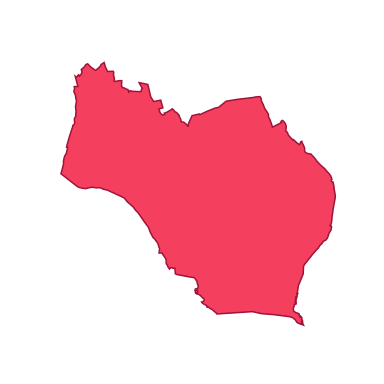 the district of Spinus, Bihor, Romania, rotated 196°
{"feature_id": "2599482B16255250220443", "entity_name": "Spinus", "entity_type": "district", "adm_level": 2, "iso_a3": "ROU", "parent_name": "Romania", "parent_adm1": "Bihor", "projection": "mercator", "projection_center": [22.193, 47.203], "detail": "fine", "context": "isolated", "style": "filled", "palette": "rose", "viewbox_px": 384, "rotation_deg": 196, "n_neighbors": 0, "source": "geoboundaries", "source_scale": "gbopen_adm2", "svg_char_len": 5810}
<svg xmlns="http://www.w3.org/2000/svg" viewBox="0 0 384 384"><g transform="rotate(196 192 192)"><path d="M334.3,260.8L333.4,259.2L333.3,256.0L330.6,252.7L329.2,249.4L328.2,247.9L327.4,241.5L326.7,240.2L326.3,238.7L325.4,236.9L325.5,235.8L324.6,232.8L325.3,230.4L325.0,229.1L324.5,227.8L324.1,226.4L323.7,226.1L323.8,224.5L324.9,223.3L324.7,221.2L324.9,218.2L325.1,211.3L325.1,203.0L325.0,200.5L323.8,200.6L323.7,199.4L323.7,198.5L323.6,197.3L323.5,194.3L323.9,193.0L324.3,191.4L324.3,189.0L324.0,185.8L323.2,183.7L323.0,173.4L304.3,165.9L302.4,165.3L298.1,165.4L295.2,165.9L291.6,168.0L289.1,169.1L287.7,169.4L286.8,169.3L284.3,169.9L282.8,170.4L281.3,170.7L280.2,170.7L277.8,170.2L274.2,170.5L258.1,168.1L255.4,167.5L251.3,164.6L244.2,161.3L241.5,159.1L237.7,156.9L230.0,150.5L224.2,146.1L221.2,142.0L216.8,137.4L215.5,136.9L210.6,133.2L208.8,130.2L207.6,128.7L206.8,124.2L205.9,124.7L205.4,124.7L204.0,125.2L203.7,124.9L203.7,124.7L202.6,123.7L199.2,120.9L198.4,120.0L197.9,118.8L197.3,116.7L197.0,116.0L196.7,115.7L196.4,115.8L194.2,113.1L192.4,111.7L191.6,113.4L191.2,113.6L189.6,113.5L188.3,113.7L187.4,114.0L185.5,108.8L184.3,108.5L172.2,109.5L166.1,110.3L165.3,109.7L162.5,107.3L161.7,105.4L160.1,103.5L160.1,103.0L159.8,101.3L160.9,100.3L161.8,99.9L162.1,99.5L162.2,99.0L162.0,98.0L161.8,97.7L161.4,97.5L161.1,97.7L159.9,99.1L159.6,99.0L159.3,98.6L159.0,97.5L159.0,96.9L159.4,96.5L159.9,96.4L160.9,96.6L161.1,96.4L160.9,96.0L160.3,95.6L159.5,95.4L157.2,95.4L155.9,95.0L154.3,94.2L152.8,93.2L151.3,92.8L150.5,91.8L150.6,91.0L150.8,90.4L151.4,89.6L152.5,88.9L151.3,88.0L150.5,87.7L146.8,86.9L146.2,86.6L146.0,86.3L146.2,85.8L145.9,85.5L145.4,85.5L144.5,85.9L142.3,84.9L140.4,84.7L137.4,83.2L135.6,82.5L134.5,81.6L101.4,93.5L99.0,93.8L91.8,94.2L79.2,96.7L69.6,98.2L63.1,99.1L60.8,99.0L58.8,98.2L57.1,97.3L55.4,95.7L54.8,95.5L52.1,95.0L48.2,94.8L48.6,95.2L49.3,95.3L49.2,96.3L49.5,96.7L49.9,96.1L50.3,96.1L50.3,96.5L50.0,97.0L51.0,97.3L50.2,98.4L50.7,98.5L51.1,99.1L50.9,99.4L51.1,100.0L51.7,100.2L51.7,100.7L51.7,101.3L51.9,101.6L52.7,102.1L53.3,101.4L53.7,101.4L53.8,101.6L53.8,101.9L53.3,102.5L54.0,102.9L54.9,102.9L55.1,103.3L55.3,104.1L55.5,104.4L55.8,104.5L56.8,104.4L57.3,104.8L57.6,104.8L58.3,104.5L59.0,104.5L60.2,105.2L60.8,105.4L61.4,105.7L61.8,106.1L62.1,106.7L62.4,107.6L62.5,108.5L62.5,109.1L62.3,110.2L62.3,111.0L62.4,111.9L62.5,111.9L62.7,112.2L62.5,112.3L62.0,112.2L61.9,112.4L61.9,112.8L61.7,113.1L61.1,113.1L61.1,113.3L61.7,113.7L61.7,113.9L61.4,114.3L61.4,114.6L61.8,114.8L62.1,114.5L62.4,114.5L62.6,114.7L62.5,115.4L62.2,115.2L61.8,115.3L61.9,115.9L62.2,116.0L62.3,116.4L62.2,116.7L62.2,116.8L62.2,117.0L62.8,116.9L63.0,117.5L62.4,117.8L62.3,118.3L62.8,118.4L62.9,118.6L62.1,119.2L62.1,119.3L62.6,119.7L62.8,119.7L63.0,119.6L63.2,119.9L63.2,120.1L62.5,120.5L62.2,121.0L62.6,121.3L62.7,122.1L62.6,122.4L62.6,122.9L62.4,123.3L63.1,123.3L63.0,123.9L63.0,124.7L63.1,125.6L63.3,126.5L63.9,131.3L63.9,132.4L63.6,134.0L62.9,140.5L62.5,143.9L64.0,150.0L64.2,151.4L64.1,152.7L62.9,155.8L62.2,157.2L61.8,158.4L61.6,159.2L61.0,160.1L58.9,165.4L56.8,169.7L56.2,171.3L55.6,171.9L55.0,173.1L55.0,173.6L54.6,175.0L54.4,175.4L54.4,175.8L53.9,176.5L53.8,176.9L52.7,178.6L52.3,180.6L50.5,182.3L50.0,182.8L49.2,184.9L48.9,187.7L49.1,189.0L48.6,191.4L47.9,193.5L48.2,197.0L48.7,197.6L49.6,197.5L50.1,197.8L50.1,198.2L49.5,198.9L49.5,200.7L49.8,203.4L50.6,207.1L51.1,211.5L51.6,214.1L52.8,226.7L54.6,231.0L56.3,234.2L56.7,234.3L56.8,234.8L56.5,235.1L57.2,236.8L59.2,240.5L59.8,240.4L60.4,240.6L61.5,241.3L61.4,241.9L61.0,242.9L63.4,246.1L66.4,248.1L67.4,248.6L70.9,251.1L73.6,252.2L77.2,254.1L80.3,256.0L82.3,257.6L85.0,259.5L86.3,260.0L87.8,261.2L92.3,260.9L93.7,261.3L95.1,262.3L95.6,264.7L96.7,266.4L97.9,267.8L99.9,270.0L100.4,271.0L101.2,270.4L101.5,268.1L101.8,267.1L104.8,268.2L106.3,269.0L109.0,270.4L109.8,269.9L114.8,273.1L115.6,274.0L116.6,275.4L117.8,276.3L118.9,276.6L119.1,279.5L119.7,281.5L120.9,283.1L122.3,284.6L124.1,285.5L124.8,285.8L125.4,285.2L125.7,284.6L125.9,283.9L125.2,283.3L132.6,276.5L134.2,279.2L135.6,281.1L136.8,282.8L138.7,284.7L139.3,285.7L139.4,286.2L139.7,287.2L140.2,288.0L142.2,289.9L144.2,291.5L146.3,293.8L147.1,295.1L147.6,295.8L148.5,296.6L150.2,298.4L151.3,300.9L152.4,302.1L153.1,302.4L157.1,300.9L159.5,299.6L173.6,293.7L184.2,288.7L189.7,280.8L193.0,279.0L199.7,273.8L205.2,269.0L206.1,268.5L206.5,269.0L213.0,265.4L213.3,263.2L213.9,259.3L214.2,257.2L214.1,255.7L213.8,254.6L214.1,254.1L214.8,254.6L215.7,255.3L218.5,256.6L219.2,256.8L220.1,256.8L221.4,256.5L221.8,256.6L222.3,257.9L222.7,258.6L224.6,260.6L225.0,261.4L225.4,262.0L226.1,262.6L228.3,263.9L229.6,264.4L230.6,264.4L232.1,265.7L234.0,266.6L234.5,265.6L238.1,261.8L240.4,260.1L239.7,259.1L241.4,257.7L243.2,258.6L244.5,259.5L245.3,260.2L245.2,260.6L246.7,262.6L243.2,264.9L247.4,271.7L253.6,268.5L255.5,269.9L257.5,271.8L258.1,272.5L264.1,283.2L273.0,282.6L272.4,281.8L268.2,277.8L268.5,277.5L268.9,276.8L268.8,275.3L268.6,274.4L277.3,272.3L279.4,272.4L279.7,271.2L280.2,270.5L280.4,270.5L281.1,271.8L281.8,272.8L283.3,272.8L285.5,273.3L287.6,273.2L288.5,274.2L288.9,274.5L289.5,276.5L289.7,277.8L290.2,279.7L292.7,278.9L295.0,277.8L297.3,276.9L297.8,277.9L297.7,278.2L297.7,279.4L299.6,282.6L300.1,284.9L300.5,285.9L301.0,286.3L301.5,286.2L306.4,284.6L310.2,288.9L311.2,290.9L312.2,292.3L312.9,291.3L314.0,290.2L314.4,289.6L314.6,289.2L314.7,288.4L314.9,287.5L315.3,286.7L318.0,282.5L319.4,282.6L320.2,283.1L322.7,283.8L325.0,284.9L326.8,286.1L327.7,286.4L328.6,285.8L329.4,284.7L329.9,282.9L330.6,281.5L331.8,279.9L332.2,279.0L331.3,278.3L330.8,276.2L330.7,275.6L331.6,273.6L331.7,273.3L332.2,273.1L332.8,273.2L332.2,272.5L332.1,272.4L332.3,272.2L333.4,272.5L333.8,272.4L334.7,270.8L335.3,270.6L336.1,271.0L330.8,262.0L334.3,260.8Z" fill="#f43f5e" stroke="#9f1239" stroke-width="1.5"/></g></svg>